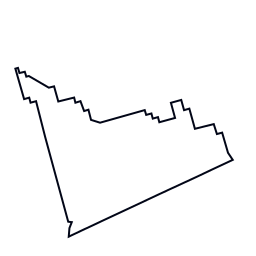 the district of Cleburne, Alabama, United States of America, rotated 74°
{"feature_id": "52423323B31234184486740", "entity_name": "Cleburne", "entity_type": "district", "adm_level": 2, "iso_a3": "USA", "parent_name": "United States of America", "parent_adm1": "Alabama", "projection": "natural_earth1", "projection_center": [-85.575, 33.717], "detail": "fine", "context": "isolated", "style": "outline", "palette": "ink", "viewbox_px": 256, "rotation_deg": 74, "n_neighbors": 0, "source": "geoboundaries", "source_scale": "gbopen_adm2", "svg_char_len": 778}
<svg xmlns="http://www.w3.org/2000/svg" viewBox="0 0 256 256"><g transform="rotate(74 128 128)"><path d="M191.2,59.3L187.5,36.1L179.4,38.7L158.4,38.8L158.3,44.2L147.9,44.5L147.2,63.9L126.3,63.7L126.3,69.2L115.7,69.1L115.6,79.8L131.3,80.0L131.1,96.3L125.8,96.2L125.8,101.6L120.5,101.5L120.4,106.9L115.4,107.0L115.2,153.4L110.0,161.3L99.5,161.0L99.6,165.5L89.1,166.3L89.2,171.6L83.9,171.4L83.3,187.7L67.6,187.6L67.4,193.0L50.7,209.0L50.6,211.6L45.5,211.7L45.2,217.2L39.9,217.2L39.9,219.9L71.6,219.9L71.6,214.6L76.8,214.7L76.9,209.0L113.7,210.1L201.6,211.3L203.0,208.0L208.1,211.9L216.1,214.9L213.2,197.4L212.9,195.2L210.6,181.0L210.2,178.7L205.9,151.6L200.1,115.6L199.1,109.0L198.7,106.7L194.3,78.2L194.0,76.2L191.2,59.3Z" fill="none" stroke="#020617" stroke-width="2"/></g></svg>